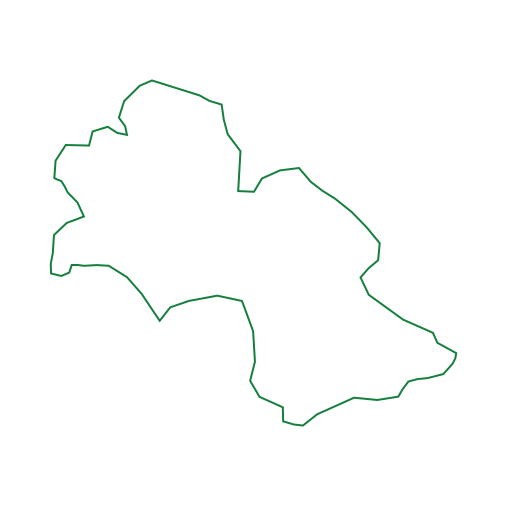 map outline of Vavuniyāva (Equal Earth projection), rotated 276°
{"feature_id": "LKA-2456", "entity_name": "Vavuniyāva", "entity_type": "District", "adm_level": 1, "iso_a3": "LKA", "parent_name": "Sri Lanka", "parent_adm1": "", "projection": "equal_earth", "projection_center": [80.482, 8.836], "detail": "fine", "context": "isolated", "style": "outline", "palette": "green", "viewbox_px": 512, "rotation_deg": 276, "n_neighbors": 0, "source": "natural_earth", "source_scale": "10m", "svg_char_len": 1136}
<svg xmlns="http://www.w3.org/2000/svg" viewBox="0 0 512 512"><g transform="rotate(276 256 256)"><path d="M403.0,206.0L388.3,209.7L374.2,215.1L358.6,229.6L318.7,231.5L319.7,247.3L333.7,253.8L343.6,270.8L348.0,289.5L335.3,303.0L327.8,315.3L321.3,328.6L309.6,346.8L296.0,363.1L281.7,377.7L264.6,377.9L255.5,369.2L245.6,362.2L229.2,372.2L208.1,408.9L198.1,440.0L188.6,445.5L180.3,465.3L175.1,464.9L169.5,462.8L158.2,454.7L152.5,439.4L150.5,429.6L147.1,420.7L139.1,415.9L131.0,412.2L125.5,391.8L125.3,368.3L105.0,333.4L92.3,320.4L92.4,311.0L94.4,300.3L108.3,298.5L116.3,274.2L131.3,263.2L150.7,266.0L180.9,261.0L209.8,246.8L212.5,221.6L204.3,193.9L196.0,176.1L181.5,167.0L206.4,146.2L221.4,130.0L230.9,110.6L230.3,98.4L228.3,86.1L228.4,79.6L227.8,73.7L220.0,72.0L215.8,64.5L217.2,54.0L226.8,52.7L237.2,53.6L255.7,52.9L269.1,64.3L277.3,80.7L290.5,72.9L299.7,61.9L305.1,58.5L310.2,54.5L311.1,50.9L312.4,47.3L329.8,46.7L346.5,55.2L348.4,78.4L362.8,80.5L369.0,95.0L363.9,105.2L363.0,115.0L371.4,112.3L379.2,105.2L396.1,108.6L413.2,122.6L419.7,134.2L409.8,183.1L405.4,193.4L403.0,206.0Z" fill="none" stroke="#15803d" stroke-width="2"/></g></svg>